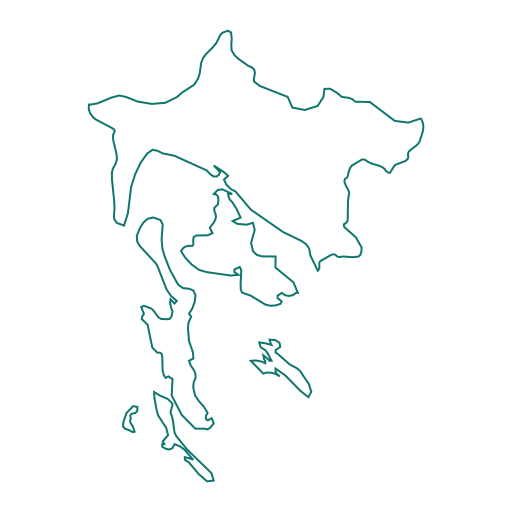 map outline of Primorsko-Goranska (Natural Earth projection)
{"feature_id": "HRV-1586", "entity_name": "Primorsko-Goranska", "entity_type": "County", "adm_level": 1, "iso_a3": "HRV", "parent_name": "Croatia", "parent_adm1": "", "projection": "natural_earth1", "projection_center": [14.596, 45.075], "detail": "fine", "context": "isolated", "style": "outline", "palette": "teal", "viewbox_px": 512, "rotation_deg": 0, "n_neighbors": 0, "source": "natural_earth", "source_scale": "10m", "svg_char_len": 5566}
<svg xmlns="http://www.w3.org/2000/svg" viewBox="0 0 512 512"><path d="M408.3,122.6L420.8,118.5L421.6,119.9L422.8,122.7L423.3,125.5L423.3,127.3L423.2,128.9L422.9,130.9L421.9,134.5L419.4,141.9L418.1,143.8L416.2,145.6L410.4,150.0L408.8,151.6L408.2,153.0L408.0,154.1L408.3,157.4L407.4,159.3L405.4,161.0L395.8,164.6L394.8,165.3L393.7,166.8L389.9,172.9L389.2,172.9L388.1,172.5L385.6,170.7L384.9,169.2L382.8,167.5L379.6,165.9L371.0,163.4L367.4,161.5L365.0,159.8L363.3,159.5L362.0,159.5L351.5,165.8L349.8,168.7L348.2,173.4L347.9,175.5L347.4,176.8L347.0,177.5L346.2,178.2L345.1,178.9L344.5,180.4L344.5,182.4L346.2,186.2L347.5,188.6L348.5,190.7L349.2,192.7L348.0,200.2L347.7,219.9L347.2,221.6L346.2,222.7L345.3,223.5L343.8,224.3L344.0,226.1L344.6,227.4L355.8,237.2L361.5,247.3L361.6,249.3L361.3,252.0L360.2,255.0L359.0,256.2L357.2,256.8L352.0,257.2L343.6,256.5L338.9,257.0L337.7,256.7L336.8,256.2L335.3,254.7L333.7,254.3L331.3,254.8L320.5,261.0L319.6,262.0L319.3,263.3L319.4,268.2L317.9,270.7L317.8,270.8L310.3,255.2L309.2,248.7L306.2,244.2L301.6,241.0L283.2,232.1L250.8,209.6L235.4,191.4L231.3,189.4L226.3,184.6L224.0,179.5L228.1,175.9L224.7,172.7L213.8,165.5L219.1,171.2L220.1,171.9L219.0,174.9L216.5,176.5L213.4,176.4L210.8,174.6L206.6,170.4L174.3,155.7L162.7,153.4L157.3,150.7L152.5,149.8L147.1,153.6L140.8,162.5L135.2,174.1L131.1,187.1L127.9,213.4L123.9,225.6L123.7,225.5L116.9,222.9L115.7,221.5L114.3,219.1L114.0,216.7L114.1,213.3L114.5,209.8L114.2,200.9L112.0,179.8L111.9,173.3L112.2,171.0L112.9,168.8L115.6,163.7L116.8,159.8L116.9,156.9L116.3,153.0L113.5,141.6L113.0,137.8L113.1,134.9L114.0,133.1L114.8,130.9L114.1,129.5L111.4,127.7L95.4,119.3L92.7,116.8L90.0,113.0L89.0,109.9L88.7,108.0L89.0,104.6L89.7,104.7L97.4,103.4L111.7,97.5L119.3,95.5L125.9,96.9L137.8,101.6L151.7,103.9L165.4,102.8L177.0,97.0L182.5,92.3L194.2,84.7L198.2,78.3L199.8,72.9L201.0,64.3L201.2,62.7L203.1,57.9L205.9,54.2L213.4,46.7L216.6,42.6L220.3,34.9L222.6,32.7L224.2,32.1L227.7,30.7L231.0,32.4L231.7,38.2L231.3,45.2L231.6,50.3L234.4,55.1L238.2,58.7L248.5,66.0L250.6,66.8L252.5,67.8L254.3,69.9L254.9,72.8L253.8,79.5L253.9,81.5L259.9,86.0L287.6,96.9L287.7,97.0L292.4,107.6L304.9,110.0L317.7,105.9L323.4,97.0L324.5,88.9L330.0,88.7L336.8,92.7L341.9,97.0L346.3,97.5L349.0,97.9L352.4,99.2L355.3,101.7L369.9,102.0L372.9,104.3L394.8,120.9L408.3,122.6ZM207.6,412.8L205.8,416.2L206.0,419.2L207.9,420.4L211.7,418.2L213.7,423.4L211.6,426.1L209.5,428.3L207.4,429.3L204.1,428.7L195.3,428.7L181.7,414.9L171.7,395.5L172.5,378.8L171.2,378.4L170.3,377.8L169.6,377.2L168.4,376.4L165.7,377.9L163.8,375.2L162.6,370.1L162.3,357.9L161.9,354.3L160.4,352.8L157.2,352.6L152.3,347.5L147.6,324.7L141.7,319.0L142.0,317.4L142.3,316.3L143.9,313.8L141.2,307.0L143.9,305.8L151.0,308.4L153.1,310.1L158.5,317.4L161.3,319.0L166.6,319.2L169.6,318.9L171.4,316.7L172.6,311.3L171.5,309.1L170.1,303.2L170.5,299.4L174.6,303.5L176.8,300.9L170.9,295.9L166.5,289.3L157.5,266.2L155.7,263.2L139.7,245.9L137.1,241.2L136.8,235.7L140.1,227.7L143.4,222.6L147.6,218.8L153.1,217.5L160.4,220.0L162.7,224.4L161.6,239.6L162.4,248.7L164.4,255.6L169.8,269.5L177.1,282.9L178.7,285.1L182.7,288.0L189.6,288.9L193.3,290.5L195.5,295.2L194.7,301.8L192.2,308.6L189.0,313.8L191.2,316.5L188.4,323.1L188.0,328.5L189.0,341.0L192.9,352.2L193.4,358.5L189.0,360.8L190.5,365.0L194.2,370.6L195.3,373.6L195.6,377.6L193.7,382.4L193.2,387.1L195.0,395.4L199.1,401.4L203.8,406.7L207.6,412.8ZM270.5,305.8L265.4,304.6L250.8,295.7L242.1,292.6L240.8,289.8L240.6,283.8L241.3,270.1L239.7,267.0L234.4,269.5L234.4,272.1L238.5,274.9L230.6,275.5L206.6,272.1L199.1,269.9L191.5,264.4L185.1,257.5L181.0,251.1L183.4,247.9L185.9,246.4L188.8,245.9L192.3,245.9L193.4,244.3L193.2,240.7L193.6,237.1L196.4,235.5L207.7,235.3L212.5,233.1L209.8,227.7L213.7,222.7L215.3,219.6L216.0,216.3L215.3,213.3L214.2,210.5L214.5,207.6L217.9,204.4L218.4,200.2L218.1,196.8L216.6,194.7L213.8,194.0L218.1,189.8L222.5,189.4L232.2,194.0L229.1,193.9L228.1,194.0L228.6,196.8L229.6,199.1L230.8,200.8L232.2,202.0L236.6,209.0L240.6,217.6L232.7,221.1L237.2,223.8L246.5,224.7L253.0,222.8L254.7,229.8L251.1,243.1L253.0,251.1L256.8,254.9L262.2,256.4L275.6,256.5L275.4,267.5L293.4,282.3L297.9,292.9L296.1,292.9L292.6,295.2L288.8,296.0L285.1,295.2L281.7,292.9L277.6,295.7L277.6,298.1L281.7,301.4L280.5,303.8L276.1,305.3L270.5,305.8ZM275.6,368.6L275.6,371.6L276.4,373.4L279.7,376.4L275.8,373.9L271.0,372.7L266.5,372.6L263.3,373.6L250.8,360.8L254.6,360.5L258.3,360.8L261.9,361.7L265.2,363.2L265.2,360.8L264.2,359.5L263.9,358.7L263.9,357.6L263.3,355.4L268.2,359.2L269.5,360.8L271.5,360.8L267.7,353.3L265.2,350.1L261.1,347.6L260.4,346.4L259.2,342.4L265.5,343.3L271.5,345.0L270.7,343.5L269.5,339.6L275.2,340.0L279.5,342.9L280.3,346.8L275.6,350.2L275.6,352.6L277.9,354.0L289.7,364.4L297.0,368.3L300.2,371.2L308.9,384.2L311.3,391.8L308.4,397.2L300.0,390.5L285.4,375.5L275.6,368.6ZM187.0,449.4L211.4,473.1L213.7,480.6L207.0,481.3L198.9,474.3L188.9,462.4L184.8,459.8L184.8,457.2L191.1,458.8L193.2,459.8L184.7,449.9L180.1,446.4L174.5,444.2L172.4,448.2L169.3,449.5L165.7,448.8L162.2,446.6L162.2,444.2L164.3,444.2L163.9,443.3L162.7,441.3L168.1,435.2L166.1,427.7L158.1,415.4L156.7,410.4L154.5,398.5L154.1,392.0L160.1,395.7L167.7,398.9L172.6,403.9L170.5,412.8L171.9,416.1L173.2,422.2L174.5,432.5L176.3,436.1L187.0,449.4ZM126.5,413.1L133.0,406.2L137.4,406.9L137.3,410.7L135.5,413.0L131.5,413.8L131.1,414.3L130.5,414.9L130.3,416.3L130.8,418.2L130.2,420.3L130.3,422.4L131.0,423.5L133.0,426.8L134.6,431.7L132.5,432.1L128.9,430.0L125.2,428.9L123.0,426.5L123.3,423.2L123.9,420.4L126.5,413.1Z" fill="none" stroke="#0f766e" stroke-width="2"/></svg>